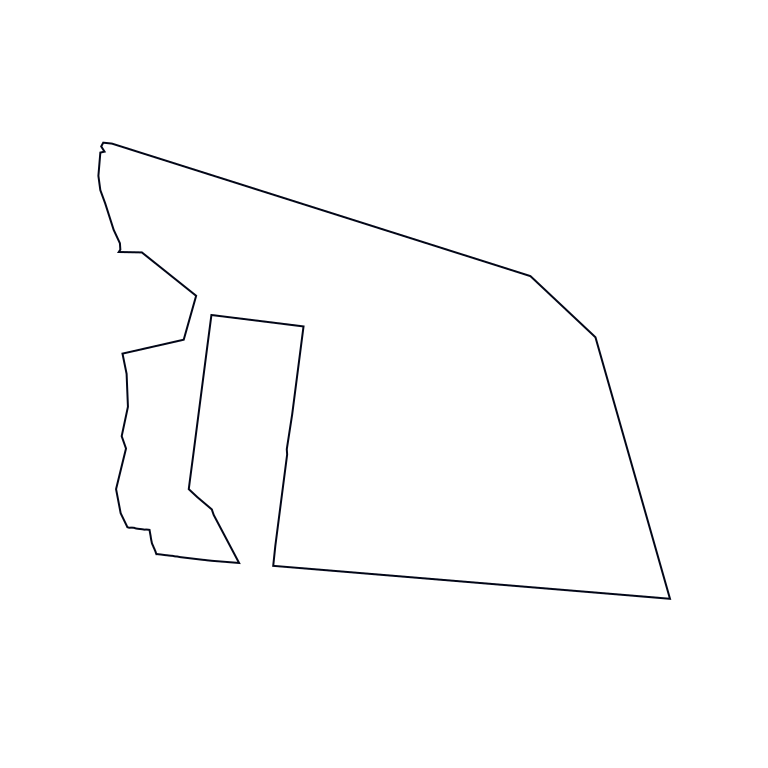 the district of Zemam Out, Ash Sharqiyah, Egypt, rotated 8°
{"feature_id": "37247803B42023857067519", "entity_name": "Zemam Out", "entity_type": "district", "adm_level": 2, "iso_a3": "EGY", "parent_name": "Egypt", "parent_adm1": "Ash Sharqiyah", "projection": "equal_earth", "projection_center": [31.428, 30.239], "detail": "fine", "context": "isolated", "style": "outline", "palette": "ink", "viewbox_px": 768, "rotation_deg": 8, "n_neighbors": 0, "source": "geoboundaries", "source_scale": "gbopen_adm2", "svg_char_len": 1367}
<svg xmlns="http://www.w3.org/2000/svg" viewBox="0 0 768 768"><g transform="rotate(8 384 384)"><path d="M299.6,579.5L697.1,556.9L586.9,308.3L514.0,256.8L432.3,243.0L81.1,183.8L72.4,184.1L70.9,188.1L74.9,192.8L70.9,194.3L72.2,217.6L76.1,231.5L82.8,244.0L94.8,268.9L102.9,281.4L104.2,287.6L103.0,290.2L125.9,287.4L185.7,322.8L179.5,368.0L120.8,390.3L127.7,409.8L133.6,442.2L131.5,472.2L137.5,483.8L133.3,525.4L141.2,548.6L149.7,561.3L149.8,561.5L151.6,561.8L152.8,561.6L154.4,561.3L154.7,561.3L156.7,561.2L157.0,561.3L157.9,561.5L159.0,561.6L161.1,561.6L163.9,561.5L165.8,561.5L166.9,561.6L168.8,561.2L170.7,561.1L171.4,561.1L172.1,561.1L172.6,562.6L172.9,563.6L174.0,566.9L174.4,568.3L174.8,569.6L175.3,571.1L175.9,572.7L176.1,573.4L176.3,573.9L176.5,574.2L176.8,574.8L177.3,575.6L178.1,576.8L178.6,577.8L179.5,579.1L180.1,580.2L181.1,581.8L181.5,582.8L182.3,584.2L183.1,584.0L183.9,584.0L184.2,584.0L186.8,583.9L188.2,583.9L189.3,583.9L191.1,583.9L193.1,583.8L195.0,583.8L197.2,583.7L198.5,583.6L201.1,583.8L203.2,583.6L206.2,583.8L229.6,583.3L230.9,583.2L232.2,583.2L233.5,583.2L238.8,583.0L265.4,581.4L233.6,537.4L231.5,533.3L231.3,532.8L231.2,532.6L231.0,532.2L215.0,522.1L205.3,515.3L205.2,506.7L205.0,481.9L203.8,372.3L203.5,339.7L296.3,338.2L297.3,427.0L296.8,462.1L297.9,467.3L298.9,559.3L299.6,579.5Z" fill="none" stroke="#020617" stroke-width="2"/></g></svg>